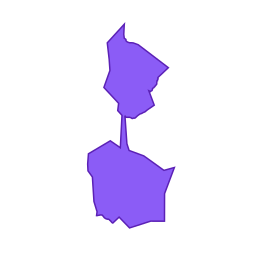 Yeso'nbulag, Govi-Altay, Mongolia (Mercator projection), rotated 252°
{"feature_id": "93677404B66011642524046", "entity_name": "Yeso'nbulag", "entity_type": "district", "adm_level": 2, "iso_a3": "MNG", "parent_name": "Mongolia", "parent_adm1": "Govi-Altay", "projection": "mercator", "projection_center": [96.329, 46.208], "detail": "fine", "context": "isolated", "style": "filled", "palette": "violet", "viewbox_px": 256, "rotation_deg": 252, "n_neighbors": 0, "source": "geoboundaries", "source_scale": "gbopen_adm2", "svg_char_len": 1869}
<svg xmlns="http://www.w3.org/2000/svg" viewBox="0 0 256 256"><g transform="rotate(252 128 128)"><path d="M227.9,156.6L215.4,134.6L199.1,131.3L188.3,128.6L174.0,117.6L154.4,126.7L147.7,123.6L141.9,126.2L111.6,114.6L121.3,107.2L115.7,82.4L106.2,78.5L99.6,76.7L92.4,79.0L68.6,72.9L57.9,72.7L54.4,71.0L54.2,71.4L54.2,72.0L54.1,72.8L53.9,73.9L53.9,74.4L53.8,74.7L53.8,75.2L53.7,75.5L53.5,75.8L53.4,75.9L53.4,76.0L53.2,76.5L52.8,76.7L52.6,76.9L52.2,77.0L51.9,77.0L51.7,77.1L51.0,77.5L50.6,77.5L50.1,77.7L49.8,78.0L49.2,78.3L48.2,79.3L48.2,79.5L47.9,79.9L47.8,80.0L47.7,80.2L47.7,80.3L47.5,80.5L47.5,80.9L47.3,81.0L47.1,81.4L46.9,81.6L46.8,81.8L46.6,81.9L46.3,82.1L46.0,82.1L45.7,82.2L45.6,82.3L45.2,82.7L44.8,82.8L44.7,82.8L44.3,83.0L43.5,83.3L42.9,83.6L42.3,84.2L46.0,92.0L32.5,98.6L32.4,120.8L28.1,133.9L54.3,142.5L76.1,159.9L76.6,149.1L96.6,134.4L106.3,122.1L113.4,122.1L140.7,128.9L139.4,129.2L138.8,129.4L138.7,129.8L138.3,130.9L138.0,131.8L137.7,132.8L136.9,133.9L136.3,134.4L135.8,134.8L135.6,135.4L135.7,135.9L135.7,136.4L135.5,136.9L135.3,137.4L135.3,137.8L135.9,139.2L136.7,140.8L137.1,142.0L137.6,143.6L137.6,145.5L138.0,147.3L138.1,149.1L139.0,151.4L139.3,152.1L141.6,160.0L157.0,159.3L155.7,160.7L156.0,161.2L156.1,161.5L156.1,162.1L156.4,162.6L157.2,163.2L157.8,163.4L158.1,163.8L158.2,164.2L158.3,164.9L158.5,165.2L158.7,165.4L158.8,165.5L159.0,166.2L159.3,166.4L159.5,166.9L160.0,167.6L160.5,168.5L160.9,168.9L161.3,169.1L162.0,169.2L162.5,169.5L163.2,169.8L163.8,170.0L163.9,170.4L163.9,170.6L164.2,170.6L164.4,170.8L164.5,170.9L164.8,171.3L165.3,171.4L165.5,171.8L166.0,171.9L166.4,171.9L166.7,172.0L166.9,172.3L172.9,185.0L204.1,163.4L207.3,159.3L208.1,157.4L208.5,156.0L209.7,154.3L210.6,153.5L211.2,153.2L211.9,153.1L212.9,153.4L214.5,152.2L218.3,152.9L226.5,156.0L227.9,156.6L227.9,156.6Z" fill="#8b5cf6" stroke="#5b21b6" stroke-width="1.5"/></g></svg>